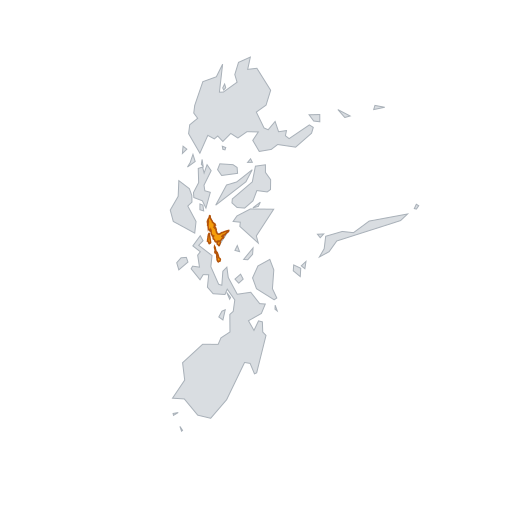 Masbate on a map of Philippines (Mercator projection), rotated 206°
{"feature_id": "PHL-2540", "entity_name": "Masbate", "entity_type": "Province", "adm_level": 1, "iso_a3": "PHL", "parent_name": "Philippines", "parent_adm1": "", "projection": "mercator", "projection_center": [123.509, 12.44], "detail": "fine", "context": "in_parent", "style": "filled", "palette": "amber", "viewbox_px": 512, "rotation_deg": 206, "n_neighbors": 0, "source": "natural_earth", "source_scale": "10m", "svg_char_len": 7254}
<svg xmlns="http://www.w3.org/2000/svg" viewBox="0 0 512 512"><g transform="rotate(206 256 256)"><path d="M238.6,87.4L257.8,96.1L268.7,91.6L265.7,113.2L275.2,127.9L265.3,153.2L251.3,160.0L251.6,167.1L246.1,176.3L253.9,192.0L252.2,196.2L255.8,207.2L267.3,213.6L267.0,207.8L278.0,203.3L286.0,206.7L290.3,218.4L295.3,216.1L295.9,210.1L308.7,216.1L308.5,219.1L301.9,221.2L308.8,231.2L307.9,235.4L317.2,237.4L315.0,249.8L310.3,246.5L312.2,240.5L295.7,237.1L291.9,226.6L277.2,214.2L273.9,214.7L279.1,227.8L277.3,233.2L271.5,224.5L256.1,213.4L244.8,221.1L231.8,214.8L226.6,216.9L226.0,206.7L234.4,194.5L225.2,188.2L225.3,198.8L221.4,199.6L216.6,190.6L212.2,189.0L204.2,151.3L205.7,149.4L214.2,156.9L219.6,155.3L219.4,114.0L225.6,90.3L238.6,87.4ZM351.5,323.8L370.2,336.4L373.1,344.9L368.8,354.2L374.6,357.2L377.1,364.5L380.2,389.4L370.2,399.7L370.1,413.8L360.7,387.2L357.2,389.0L349.2,403.9L354.6,409.8L356.6,422.4L348.3,432.3L345.3,420.1L337.5,425.1L315.5,411.4L313.1,396.0L318.8,385.5L304.9,374.6L300.4,374.8L297.8,385.3L290.2,377.6L283.6,382.1L282.3,377.0L277.7,376.0L265.5,397.2L260.9,396.7L259.9,390.7L268.1,371.2L285.4,365.7L289.0,358.5L298.9,351.4L309.6,358.5L308.3,368.5L318.6,363.8L324.0,354.1L332.4,355.1L336.0,344.4L343.0,347.1L344.8,343.0L352.2,343.3L351.5,323.8ZM295.9,336.5L287.5,342.1L284.2,335.3L276.3,331.0L272.1,322.1L274.0,318.5L283.9,315.2L282.9,304.2L287.2,294.1L294.3,291.3L300.9,293.2L302.3,296.9L291.8,321.0L295.9,336.5ZM345.5,250.8L353.2,259.7L352.1,275.5L358.4,289.9L345.4,287.3L340.2,282.2L337.2,276.4L339.2,271.0L325.0,260.7L321.1,249.7L345.5,250.8ZM259.6,268.6L283.5,275.5L284.9,279.5L291.7,277.0L290.7,283.6L281.7,295.8L260.6,305.8L264.5,274.2L259.6,268.6ZM169.6,337.0L138.2,360.2L141.6,351.2L190.0,304.9L192.2,291.9L198.6,282.9L197.9,292.4L202.0,304.3L189.2,315.9L178.6,319.7L169.6,337.0ZM220.5,224.6L241.2,226.8L249.5,234.8L249.9,247.9L242.1,259.0L233.9,251.3L226.9,233.8L218.9,227.4L220.5,224.6ZM328.4,282.1L337.5,281.3L340.0,285.6L339.7,296.8L346.3,309.4L343.0,312.5L339.0,307.8L340.0,316.6L333.7,313.0L333.8,296.9L330.6,292.2L325.0,293.2L322.0,277.1L328.4,282.1ZM297.2,331.9L297.6,318.3L314.5,284.0L313.6,306.9L305.8,314.1L297.2,331.9ZM328.9,323.0L316.7,328.0L311.8,327.3L308.8,322.2L322.2,313.3L328.4,316.8L328.9,323.0ZM293.8,249.3L314.5,265.7L314.7,271.3L299.9,259.1L291.7,266.8L293.8,249.3ZM322.6,221.5L318.0,224.2L314.5,220.7L319.3,209.7L324.3,215.2L322.6,221.5ZM270.2,406.2L260.7,411.1L257.5,404.6L263.3,402.6L270.2,406.2ZM207.2,256.9L216.0,259.0L218.2,264.5L210.4,264.6L207.2,256.9ZM259.6,224.0L264.8,226.0L261.9,232.9L257.4,229.6L259.6,224.0ZM236.9,419.4L246.6,423.5L232.8,423.1L236.9,419.4ZM357.2,319.7L352.1,314.3L356.6,305.9L356.1,311.0L357.2,319.7ZM265.6,247.5L262.2,262.0L259.8,256.0L261.8,249.0L265.6,247.5ZM214.4,439.2L215.1,443.5L205.5,446.1L214.4,439.2ZM262.7,184.9L262.4,191.5L260.1,194.2L257.7,184.0L262.7,184.9ZM279.9,298.0L275.7,306.3L275.7,301.5L279.9,298.0ZM211.0,267.0L208.7,273.0L206.5,266.0L211.0,267.0ZM329.2,278.2L326.0,278.4L322.8,273.6L326.7,273.0L329.2,278.2ZM277.4,251.8L277.4,257.2L272.7,252.7L277.4,251.8ZM369.7,322.7L365.0,321.7L367.1,315.9L369.7,322.7ZM288.8,235.3L297.1,246.2L286.6,235.5L288.8,235.3ZM210.3,302.5L204.8,305.5L206.3,300.6L210.3,302.5ZM304.6,336.4L303.5,341.0L300.4,338.6L304.6,336.4ZM306.0,248.6L307.8,255.1L303.7,246.9L306.0,248.6ZM134.6,372.8L131.8,372.5L132.4,368.5L134.5,368.0L134.6,372.8ZM334.4,339.9L330.7,340.2L330.4,337.8L332.5,337.3L334.4,339.9ZM359.6,396.8L357.0,394.0L357.8,391.0L359.6,392.5L359.6,396.8ZM215.6,216.5L217.2,220.2L212.8,215.9L215.6,216.5ZM345.3,314.4L346.8,319.2L342.8,313.4L345.3,314.4ZM261.5,78.1L257.3,81.2L260.3,76.6L261.5,78.1ZM266.3,210.4L260.7,207.6L260.7,205.6L266.3,210.4ZM246.1,65.9L249.7,69.5L245.6,67.1L246.1,65.9Z" fill="#d9dde1" stroke="#a8b0b8" stroke-width="1"/><path d="M314.9,270.1L315.0,270.5L315.2,271.0L315.4,271.5L315.3,272.0L314.9,272.0L314.6,271.6L314.0,270.5L313.7,270.2L312.8,269.4L312.1,269.1L311.5,268.5L310.7,268.2L310.3,267.8L309.8,267.1L309.4,267.3L309.0,267.2L308.0,266.7L307.4,267.0L306.9,266.7L306.4,266.2L306.0,266.0L306.2,265.7L306.3,265.4L306.6,265.3L306.9,265.3L306.6,264.6L306.4,264.8L306.2,264.9L306.0,264.6L305.7,264.2L305.4,263.9L304.7,263.7L304.5,263.3L304.5,263.0L305.0,262.9L304.4,262.7L303.9,262.8L303.5,262.7L303.3,261.6L302.9,261.2L302.1,260.4L301.8,259.8L301.6,259.7L300.9,259.3L300.7,259.2L300.2,259.0L299.6,259.1L299.0,259.3L298.6,259.5L298.3,259.8L297.5,261.0L297.3,261.6L297.1,262.0L296.8,262.3L296.6,262.4L296.3,262.4L296.1,262.5L296.0,262.9L294.5,264.6L292.3,266.6L291.8,267.0L291.5,266.6L291.6,266.1L291.7,265.5L291.9,264.9L292.1,264.7L292.4,264.7L292.6,264.5L292.6,264.2L292.6,263.9L292.6,263.6L292.8,263.3L293.0,263.0L293.1,262.7L293.1,261.7L293.2,261.3L293.6,261.5L293.8,261.1L294.0,260.8L294.2,260.6L294.6,260.6L294.8,260.4L294.7,260.1L294.4,259.7L294.7,259.4L295.1,259.3L295.3,259.0L295.3,258.6L294.4,258.5L293.8,258.6L293.3,258.8L293.3,258.6L293.3,257.8L293.3,257.7L294.1,256.7L294.2,256.3L294.3,255.5L294.6,254.2L294.7,253.6L294.7,253.2L294.3,252.8L293.9,252.5L293.6,249.4L293.7,249.1L293.9,249.0L294.2,249.1L294.4,249.3L294.8,249.5L295.6,249.6L296.0,249.7L296.2,249.9L296.4,250.1L296.6,250.2L296.9,250.3L296.4,250.3L296.4,250.7L296.9,251.7L296.7,251.9L296.4,252.1L296.1,252.4L296.0,252.9L296.1,253.2L296.4,253.0L296.9,252.4L297.2,252.4L297.3,252.3L297.3,252.2L297.4,251.9L297.5,251.5L297.6,251.2L297.9,251.1L298.4,251.0L298.9,251.1L299.2,251.2L300.1,252.1L300.5,252.4L300.9,252.6L301.8,252.6L302.2,253.1L302.4,253.4L302.7,253.9L303.0,254.4L303.4,254.6L303.4,254.8L303.1,254.8L302.9,254.9L302.8,255.2L302.9,255.5L303.7,255.0L304.1,255.0L304.3,255.4L304.4,255.6L304.6,255.6L304.9,255.6L305.2,255.7L305.4,255.9L305.7,256.1L305.9,256.3L307.5,259.1L308.2,259.8L308.0,258.7L308.2,258.3L308.8,258.7L309.6,259.5L310.0,259.4L310.2,259.2L310.5,259.2L310.6,259.5L310.6,259.3L310.9,259.8L312.3,262.0L312.8,262.3L313.0,262.4L313.1,262.6L313.3,263.5L313.5,263.7L314.5,265.1L314.8,265.5L314.9,266.0L314.5,265.7L314.0,264.9L313.5,264.6L313.6,264.8L313.7,265.0L314.0,265.5L313.7,265.7L313.8,266.0L314.4,266.7L315.0,268.1L315.1,268.4L315.1,269.1L314.9,269.8L314.9,270.1ZM294.9,241.9L295.1,243.2L297.0,245.3L297.4,246.4L296.5,245.8L294.7,243.3L294.2,242.7L293.8,242.5L292.8,242.3L292.4,242.1L290.5,240.3L290.3,240.0L290.2,239.9L289.7,239.4L289.5,239.2L289.4,239.1L289.3,238.8L289.2,238.6L288.6,238.2L287.0,237.8L286.4,237.1L286.2,235.7L286.2,235.4L286.6,235.1L287.0,235.1L287.4,234.9L287.4,234.2L287.8,234.3L288.1,234.5L288.7,234.9L288.9,235.2L289.2,235.4L289.6,236.1L290.1,237.1L290.7,237.7L290.8,237.8L290.9,238.1L291.3,238.7L291.3,239.1L291.8,240.0L292.2,240.4L292.9,240.8L293.5,241.0L294.0,240.8L294.4,241.0L294.6,241.3L294.7,241.6L294.9,241.9ZM308.0,254.9L308.2,255.4L308.2,255.7L308.1,255.8L307.9,255.8L307.7,255.6L307.5,255.3L307.5,255.0L307.4,254.8L306.6,254.0L302.7,248.3L302.7,248.0L302.7,247.7L302.9,247.7L303.1,247.8L303.2,247.5L303.3,247.0L303.4,246.6L303.6,246.6L303.9,246.9L304.4,247.4L305.7,248.2L305.9,248.2L305.8,248.4L305.8,248.5L305.5,248.6L305.9,248.6L306.2,248.7L306.4,248.9L306.6,249.1L306.5,249.6L306.7,250.1L307.0,250.6L307.1,251.1L307.2,251.5L307.6,252.3L307.9,253.7L307.9,253.8L308.1,254.0L308.1,254.3L308.0,254.9Z" fill="#f59e0b" stroke="#b45309" stroke-width="1.5"/></g></svg>